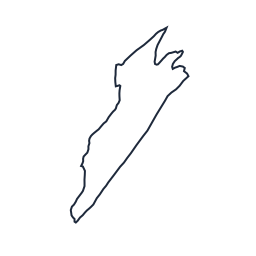 outline of Piteå, Norrbotten, Sweden, rotated 293°
{"feature_id": "70781695B63326994968930", "entity_name": "Piteå", "entity_type": "district", "adm_level": 2, "iso_a3": "SWE", "parent_name": "Sweden", "parent_adm1": "Norrbotten", "projection": "natural_earth1", "projection_center": [20.903, 65.376], "detail": "fine", "context": "isolated", "style": "outline", "palette": "slate", "viewbox_px": 256, "rotation_deg": 293, "n_neighbors": 0, "source": "geoboundaries", "source_scale": "gbopen_adm2", "svg_char_len": 1848}
<svg xmlns="http://www.w3.org/2000/svg" viewBox="0 0 256 256"><g transform="rotate(293 128 128)"><path d="M74.7,99.7L74.9,101.5L71.7,105.1L67.8,106.6L63.5,108.1L60.1,109.6L57.5,110.7L52.5,111.1L50.3,110.7L46.0,109.6L42.8,108.8L39.6,108.7L36.4,108.2L33.7,107.1L30.1,107.4L25.5,110.2L24.1,112.4L23.4,114.3L20.9,115.4L20.6,116.9L22.9,117.9L26.8,118.8L30.0,120.4L33.4,121.4L36.1,122.4L38.6,123.7L40.8,124.7L44.0,126.0L51.2,126.7L55.9,128.0L62.4,129.2L66.2,130.4L70.2,131.1L79.9,133.6L89.3,135.9L94.6,137.8L100.2,139.0L105.9,140.5L115.6,142.5L126.5,145.1L133.1,146.9L151.6,149.0L167.5,151.4L172.9,152.0L177.6,154.1L182.3,157.1L187.0,159.0L193.0,160.5L199.3,163.4L201.2,161.1L202.2,157.3L205.4,156.8L206.0,154.5L205.3,151.3L203.3,149.3L202.0,147.8L199.9,146.1L201.6,144.7L204.5,144.3L207.8,144.9L210.4,146.1L212.0,146.8L213.7,147.9L215.1,148.5L217.3,148.7L219.5,148.8L220.3,147.7L218.8,145.9L216.6,144.3L217.0,142.0L214.1,138.5L212.9,136.5L210.4,135.0L207.6,134.1L205.6,133.2L203.4,132.5L200.2,131.4L198.3,130.7L197.5,129.6L197.5,127.9L199.4,126.6L202.0,126.0L205.4,125.2L208.7,123.7L211.8,123.1L216.0,122.8L224.2,123.5L228.4,123.8L230.4,124.3L231.9,124.4L235.4,124.3L231.8,121.5L230.7,120.2L228.2,118.3L225.7,117.0L222.5,115.9L218.6,114.1L210.8,110.3L202.9,105.5L195.6,102.0L191.7,100.3L188.5,98.9L185.1,98.5L183.3,97.2L183.0,94.5L181.4,92.6L176.2,94.1L172.1,95.8L168.9,96.7L165.3,98.4L161.6,100.5L162.9,102.2L164.0,103.4L163.7,104.5L159.5,105.5L156.6,106.5L153.9,107.7L150.3,109.5L147.3,109.5L144.9,108.8L143.4,108.9L141.3,109.2L139.6,108.9L137.4,107.9L134.8,107.1L130.5,106.0L125.6,105.4L122.7,103.8L119.3,102.7L115.3,101.5L113.5,100.5L110.1,98.7L108.0,97.7L106.0,97.0L103.2,96.7L101.0,97.2L99.0,98.4L95.7,98.7L93.0,99.9L89.4,100.2L87.4,99.4L84.4,98.3L82.1,98.7L80.0,99.7L77.9,99.9L74.7,99.7Z" fill="none" stroke="#1e293b" stroke-width="2"/></g></svg>